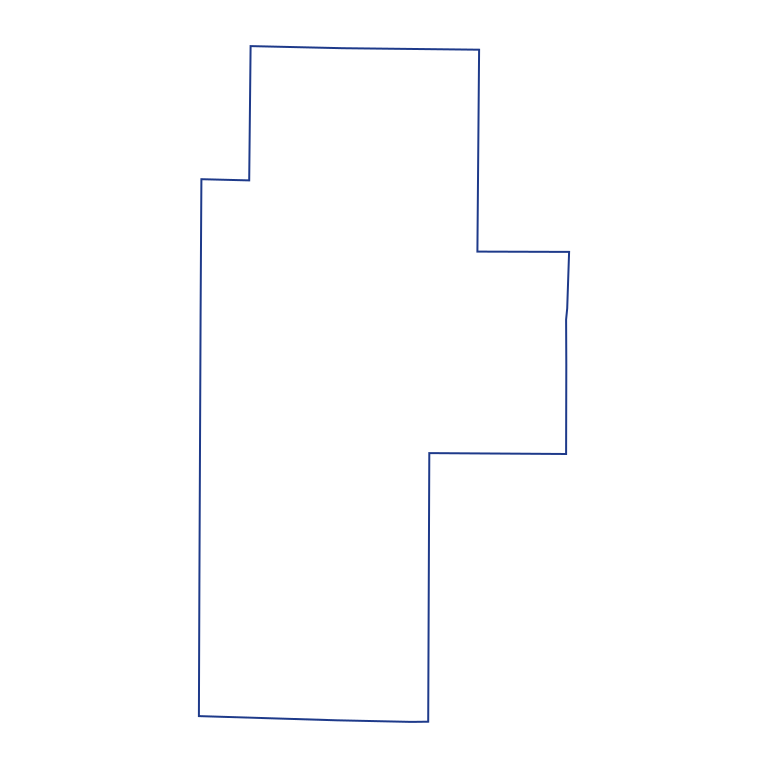 Clay, Indiana, United States of America (Natural Earth projection)
{"feature_id": "52423323B18032959823842", "entity_name": "Clay", "entity_type": "district", "adm_level": 2, "iso_a3": "USA", "parent_name": "United States of America", "parent_adm1": "Indiana", "projection": "natural_earth1", "projection_center": [-87.089, 39.388], "detail": "fine", "context": "isolated", "style": "outline", "palette": "blue", "viewbox_px": 768, "rotation_deg": 0, "n_neighbors": 0, "source": "geoboundaries", "source_scale": "gbopen_adm2", "svg_char_len": 363}
<svg xmlns="http://www.w3.org/2000/svg" viewBox="0 0 768 768"><path d="M479.1,49.7L342.5,48.2L250.6,46.1L249.2,180.4L201.4,179.2L201.2,210.5L200.6,313.1L199.4,581.7L198.9,716.1L336.6,720.3L411.2,721.9L428.2,721.7L429.3,453.1L566.1,454.0L566.3,364.9L566.1,319.6L567.2,308.4L569.1,251.9L477.4,251.6L479.1,49.7Z" fill="none" stroke="#1e3a8a" stroke-width="2"/></svg>